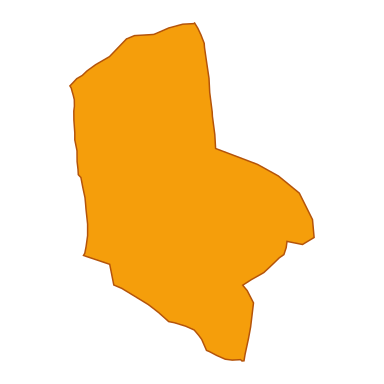 Qift, Qina, Egypt (Mercator projection)
{"feature_id": "37247803B3351007317987", "entity_name": "Qift", "entity_type": "district", "adm_level": 2, "iso_a3": "EGY", "parent_name": "Egypt", "parent_adm1": "Qina", "projection": "mercator", "projection_center": [32.817, 25.997], "detail": "fine", "context": "isolated", "style": "filled", "palette": "amber", "viewbox_px": 384, "rotation_deg": 0, "n_neighbors": 0, "source": "geoboundaries", "source_scale": "gbopen_adm2", "svg_char_len": 1267}
<svg xmlns="http://www.w3.org/2000/svg" viewBox="0 0 384 384"><path d="M244.0,360.8L245.1,354.2L248.5,338.5L250.6,327.1L253.5,302.9L247.2,290.6L242.7,285.2L251.4,279.6L263.8,272.6L273.8,263.2L279.3,257.8L283.9,254.6L286.2,247.6L287.0,241.4L302.5,244.5L314.1,237.5L312.5,219.6L299.3,193.1L278.4,176.0L257.5,164.4L215.6,148.5L214.8,134.5L212.4,116.2L212.2,112.0L209.7,92.4L209.0,78.3L206.7,62.8L204.5,47.5L204.2,43.3L202.6,39.2L201.0,35.0L197.8,28.2L194.6,23.0L193.8,23.6L182.7,24.2L168.9,27.9L153.9,34.4L149.8,34.7L141.4,35.2L134.5,35.6L126.5,38.9L109.5,56.6L95.7,64.6L87.4,70.6L86.7,71.2L82.2,75.5L76.8,78.6L75.4,80.1L74.1,81.5L70.0,85.8L69.9,85.9L71.2,88.0L72.2,91.7L73.3,95.5L74.3,99.7L74.4,106.3L73.8,111.1L73.9,120.3L74.8,132.9L74.8,139.9L77.0,150.8L77.1,161.6L78.0,169.3L78.3,174.7L80.9,177.5L82.4,185.3L82.8,187.4L85.0,197.7L85.6,204.2L86.0,209.2L87.6,224.1L87.6,234.7L87.6,235.6L86.1,246.5L84.8,253.2L83.5,255.5L109.7,264.3L113.8,285.0L121.8,288.4L122.8,289.0L148.2,304.5L153.3,308.4L158.4,312.4L162.8,316.3L168.7,321.6L174.3,322.7L185.7,326.2L194.2,330.0L198.7,335.3L201.7,339.4L206.5,350.4L209.4,351.6L216.6,355.4L225.2,359.2L232.2,360.1L237.8,359.8L239.8,359.7L240.5,359.6L242.0,361.0L244.0,360.8Z" fill="#f59e0b" stroke="#b45309" stroke-width="1.5"/></svg>